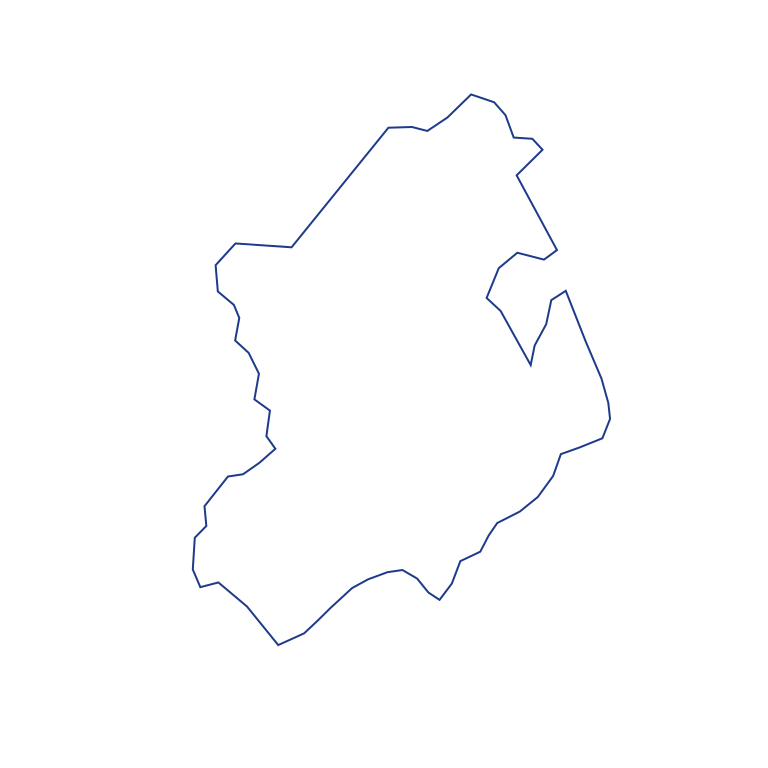 Pareci Novo, Rio Grande do Sul, Brazil, rotated 51°
{"feature_id": "56859067B29265026194414", "entity_name": "Pareci Novo", "entity_type": "district", "adm_level": 2, "iso_a3": "BRA", "parent_name": "Brazil", "parent_adm1": "Rio Grande do Sul", "projection": "natural_earth1", "projection_center": [-51.418, -29.613], "detail": "fine", "context": "isolated", "style": "outline", "palette": "blue", "viewbox_px": 768, "rotation_deg": 51, "n_neighbors": 0, "source": "geoboundaries", "source_scale": "gbopen_adm2", "svg_char_len": 1029}
<svg xmlns="http://www.w3.org/2000/svg" viewBox="0 0 768 768"><g transform="rotate(51 384 384)"><path d="M527.5,603.0L526.1,583.9L524.4,566.8L522.5,537.3L525.8,519.2L532.4,499.8L540.2,486.7L556.1,480.7L574.1,480.7L586.7,476.7L581.8,456.9L569.7,436.1L574.9,414.7L567.7,398.2L563.3,383.5L568.6,358.7L568.6,335.6L561.9,310.4L549.8,290.7L556.4,271.9L563.6,248.4L553.4,230.3L539.9,221.6L516.7,211.6L477.9,200.5L426.0,184.1L424.1,201.2L439.6,220.3L448.9,242.7L461.6,258.1L400.7,247.4L381.7,250.1L366.2,221.9L365.9,197.8L388.0,181.4L388.8,165.3L305.3,149.6L301.7,113.4L286.8,114.4L274.1,128.1L251.5,120.4L234.4,121.1L213.8,134.1L216.8,167.0L214.6,191.1L201.9,200.5L187.6,219.3L219.6,369.8L181.3,411.0L185.7,440.1L207.5,454.9L228.1,450.9L241.6,454.9L256.5,472.3L274.7,469.6L297.3,474.7L314.4,494.4L332.9,489.4L350.5,508.2L366.0,509.2L366.8,530.6L365.4,550.4L357.7,563.5L366.0,600.4L382.5,611.4L384.4,627.8L407.8,649.3L426.3,654.6L434.0,637.6L470.7,630.5L520.3,630.5L527.5,603.0Z" fill="none" stroke="#1e3a8a" stroke-width="2"/></g></svg>